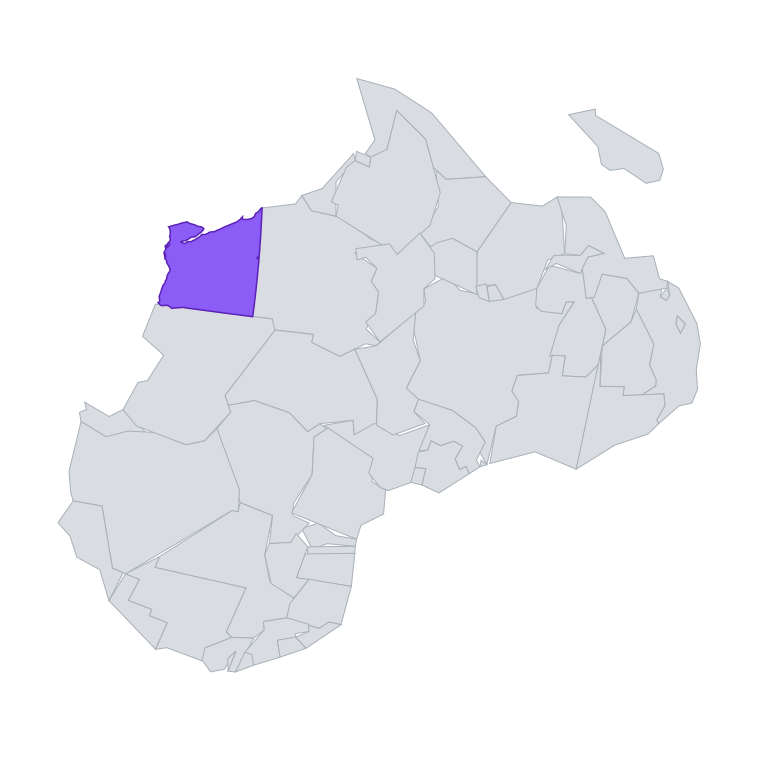 Egypt on a map of Africa (orthographic projection), rotated 275°
{"feature_id": "EGY", "entity_name": "Egypt", "entity_type": "country or territory", "adm_level": 0, "iso_a3": "EGY", "parent_name": "Africa", "parent_adm1": "", "projection": "orthographic", "projection_center": [30.805, 26.825], "detail": "fine", "context": "in_parent", "style": "filled", "palette": "violet", "viewbox_px": 768, "rotation_deg": 275, "n_neighbors": 49, "source": "natural_earth", "source_scale": "50m", "svg_char_len": 13214}
<svg xmlns="http://www.w3.org/2000/svg" viewBox="0 0 768 768"><g transform="rotate(275 384 384)"><path d="M523.8,465.1L575.8,494.8L575.0,526.3L585.4,540.2L577.6,545.4L529.5,552.6L521.8,536.2L492.5,527.9L481.4,512.9L478.6,496.0L492.6,486.3L489.3,467.0L523.8,465.1Z" fill="#d9dde1" stroke="#a8b0b8" stroke-width="1"/><path d="M172.4,143.1L168.1,157.4L146.2,148.3L139.2,172.4L132.8,170.6L127.3,188.9L99.8,179.6L144.2,128.9L172.4,143.1Z" fill="#d9dde1" stroke="#a8b0b8" stroke-width="1"/><path d="M478.6,496.0L492.5,527.9L472.8,529.2L469.5,555.0L481.6,558.2L482.4,566.4L457.8,553.3L409.3,546.9L404.2,516.1L388.3,512.0L378.2,519.7L363.4,518.8L351.8,499.5L312.6,493.5L325.6,484.6L335.0,489.8L348.3,479.3L363.7,454.1L372.8,413.4L381.9,406.6L410.3,418.1L442.3,408.5L459.2,409.3L469.6,418.2L482.3,415.5L496.8,437.4L483.9,451.7L478.6,496.0Z" fill="#d9dde1" stroke="#a8b0b8" stroke-width="1"/><path d="M599.3,467.3L593.3,428.1L604.3,414.0L631.5,404.1L657.4,372.9L618.0,366.5L606.8,354.4L612.1,345.4L626.4,353.7L685.9,330.3L678.7,369.0L658.1,408.0L599.3,467.3Z" fill="#d9dde1" stroke="#a8b0b8" stroke-width="1"/><path d="M575.8,494.8L523.8,465.1L535.0,439.4L524.7,418.4L537.4,406.5L565.3,422.7L601.7,417.1L593.3,428.1L599.3,467.3L575.8,494.8Z" fill="#d9dde1" stroke="#a8b0b8" stroke-width="1"/><path d="M432.0,380.4L424.7,375.9L421.4,373.0L422.5,362.3L407.6,337.4L419.1,308.2L427.2,309.4L428.5,266.5L439.1,267.0L439.8,247.3L548.7,247.2L555.7,280.2L564.6,285.7L550.3,296.7L545.7,329.9L526.7,358.7L524.1,377.2L511.9,343.5L498.5,366.9L485.2,362.4L475.1,370.7L453.5,369.6L437.2,361.3L425.5,376.3L432.0,380.4Z" fill="#d9dde1" stroke="#a8b0b8" stroke-width="1"/><path d="M428.2,270.6L427.2,309.4L419.1,308.2L407.6,337.4L416.1,351.9L368.1,378.7L342.3,380.2L330.7,358.6L345.1,356.3L338.8,323.4L329.8,312.1L347.1,292.3L356.2,256.3L349.2,230.9L358.7,226.6L428.2,270.6Z" fill="#d9dde1" stroke="#a8b0b8" stroke-width="1"/><path d="M368.5,661.2L372.0,658.8L387.0,665.7L398.6,663.6L395.5,641.6L405.8,654.8L412.0,654.7L426.1,646.9L447.2,649.3L480.5,628.8L496.6,629.9L503.3,643.3L502.3,652.3L495.2,651.7L492.0,657.7L497.3,660.9L511.0,657.6L505.3,669.2L471.6,690.4L451.8,695.6L425.6,693.8L406.2,696.8L391.9,692.4L387.8,679.7L368.5,661.2ZM477.3,670.3L469.4,669.6L460.4,675.0L470.1,678.9L477.3,670.3Z" fill="#d9dde1" stroke="#a8b0b8" stroke-width="1"/><path d="M477.3,670.3L470.1,678.9L460.4,675.0L469.4,669.6L477.3,670.3Z" fill="#d9dde1" stroke="#a8b0b8" stroke-width="1"/><path d="M496.6,629.9L467.4,624.6L440.9,598.2L457.7,600.2L488.0,583.2L512.5,591.8L510.3,616.9L496.6,629.9Z" fill="#d9dde1" stroke="#a8b0b8" stroke-width="1"/><path d="M480.5,628.8L447.2,649.3L426.1,646.9L412.0,654.7L405.8,654.8L395.5,641.6L393.3,623.0L402.2,623.5L400.4,599.3L440.9,598.2L467.4,624.6L480.5,628.8Z" fill="#d9dde1" stroke="#a8b0b8" stroke-width="1"/><path d="M393.3,623.0L398.6,663.6L387.0,665.7L372.0,658.8L368.5,661.2L357.2,651.4L343.2,619.2L315.9,582.8L439.1,597.0L400.4,599.3L402.2,623.5L393.3,623.0Z" fill="#d9dde1" stroke="#a8b0b8" stroke-width="1"/><path d="M85.9,249.8L82.1,236.3L95.2,225.0L105.6,228.5L118.4,254.3L119.7,276.6L84.2,261.2L84.3,253.6L104.9,259.7L85.9,249.8Z" fill="#d9dde1" stroke="#a8b0b8" stroke-width="1"/><path d="M119.7,276.6L118.4,254.3L123.3,248.5L168.7,264.2L181.3,171.8L192.4,175.3L244.8,243.7L244.0,249.8L253.4,251.0L243.3,284.4L203.4,280.1L177.8,287.3L163.0,312.9L142.5,307.4L136.9,284.7L128.6,286.1L119.7,276.6Z" fill="#d9dde1" stroke="#a8b0b8" stroke-width="1"/><path d="M99.8,179.6L127.3,188.9L132.8,170.6L139.2,172.4L146.2,148.3L168.1,157.4L172.4,143.1L192.4,175.3L181.3,171.8L168.7,264.2L123.3,248.5L118.4,254.3L105.6,228.5L92.3,226.9L102.4,190.5L99.8,179.6Z" fill="#d9dde1" stroke="#a8b0b8" stroke-width="1"/><path d="M227.0,370.2L219.8,369.5L220.0,341.4L213.5,326.8L232.9,314.6L239.7,330.7L228.7,349.4L227.0,370.2Z" fill="#d9dde1" stroke="#a8b0b8" stroke-width="1"/><path d="M349.2,230.9L356.2,256.3L347.1,292.3L329.8,312.1L338.8,323.4L334.4,331.0L325.0,318.9L287.5,320.3L256.9,304.1L245.0,304.8L238.9,321.6L218.0,304.9L215.1,283.7L243.3,284.4L253.4,251.0L325.1,221.4L342.6,233.7L349.2,230.9Z" fill="#d9dde1" stroke="#a8b0b8" stroke-width="1"/><path d="M227.0,370.2L247.5,303.2L287.5,320.3L325.0,318.9L337.9,335.3L309.0,379.6L285.6,380.7L278.3,394.9L254.5,394.9L241.3,373.4L227.0,370.2Z" fill="#d9dde1" stroke="#a8b0b8" stroke-width="1"/><path d="M337.6,327.8L345.1,356.3L330.7,358.6L343.9,377.8L334.0,404.1L347.5,433.1L288.3,419.4L278.1,397.4L280.9,388.8L294.0,376.6L309.0,379.6L337.6,327.8Z" fill="#d9dde1" stroke="#a8b0b8" stroke-width="1"/><path d="M215.1,322.2L219.8,369.5L212.8,369.7L206.9,322.8L215.1,322.2Z" fill="#d9dde1" stroke="#a8b0b8" stroke-width="1"/><path d="M207.8,320.0L212.8,369.7L179.5,369.1L183.3,313.6L207.8,320.0Z" fill="#d9dde1" stroke="#a8b0b8" stroke-width="1"/><path d="M142.5,307.4L156.9,309.4L182.9,326.2L179.5,369.1L140.4,362.1L142.2,350.3L134.8,340.4L142.5,307.4Z" fill="#d9dde1" stroke="#a8b0b8" stroke-width="1"/><path d="M104.5,268.7L128.6,286.1L136.9,284.7L142.5,307.4L138.2,330.1L130.9,330.9L127.8,318.0L122.1,317.6L119.4,300.1L102.9,304.3L92.5,278.6L104.5,268.7Z" fill="#d9dde1" stroke="#a8b0b8" stroke-width="1"/><path d="M84.2,261.2L104.5,268.7L103.1,275.8L92.5,278.6L84.2,261.2Z" fill="#d9dde1" stroke="#a8b0b8" stroke-width="1"/><path d="M137.0,329.7L134.8,340.4L142.2,350.3L140.4,362.1L113.9,329.3L124.2,317.9L130.9,330.9L137.0,329.7Z" fill="#d9dde1" stroke="#a8b0b8" stroke-width="1"/><path d="M102.9,304.3L119.4,300.1L124.2,317.9L113.9,329.3L102.9,304.3Z" fill="#d9dde1" stroke="#a8b0b8" stroke-width="1"/><path d="M163.0,312.9L175.3,288.9L203.4,280.1L215.1,283.7L218.0,304.9L227.5,309.5L215.1,322.2L183.3,313.6L182.9,326.2L163.0,312.9Z" fill="#d9dde1" stroke="#a8b0b8" stroke-width="1"/><path d="M459.2,409.3L430.1,409.3L410.3,418.1L381.9,406.6L371.8,419.7L359.1,416.3L348.2,428.3L334.0,397.4L342.3,380.2L368.1,378.7L416.1,351.9L421.4,373.0L459.2,409.3Z" fill="#d9dde1" stroke="#a8b0b8" stroke-width="1"/><path d="M371.8,419.7L363.7,454.1L348.3,479.3L335.0,489.8L316.4,482.7L309.9,486.8L302.0,476.6L309.0,473.0L305.3,466.8L315.5,461.3L329.0,467.7L333.0,458.4L327.4,445.6L331.5,435.8L322.1,433.5L320.3,424.6L347.5,433.1L359.1,416.3L371.8,419.7Z" fill="#d9dde1" stroke="#a8b0b8" stroke-width="1"/><path d="M303.4,422.1L319.1,424.0L322.1,433.5L331.5,435.8L327.4,445.6L333.0,458.4L329.0,467.7L315.5,461.3L305.3,466.8L309.0,473.0L302.0,476.6L280.3,448.2L286.7,430.6L303.3,432.9L303.4,422.1Z" fill="#d9dde1" stroke="#a8b0b8" stroke-width="1"/><path d="M288.3,419.4L303.4,422.1L303.3,432.9L286.7,430.6L288.3,419.4Z" fill="#d9dde1" stroke="#a8b0b8" stroke-width="1"/><path d="M492.5,527.9L516.8,538.4L511.2,569.8L516.3,571.6L487.1,578.0L488.0,583.2L457.7,600.2L421.6,595.6L408.5,584.5L407.7,560.8L427.7,562.1L426.2,546.7L457.8,553.3L482.4,566.4L481.6,558.2L469.5,555.0L470.1,534.3L475.4,528.3L492.5,527.9Z" fill="#d9dde1" stroke="#a8b0b8" stroke-width="1"/><path d="M512.2,534.9L527.0,542.0L529.3,568.4L539.9,575.7L533.2,592.0L528.1,576.1L511.2,569.8L519.2,545.1L512.2,534.9Z" fill="#d9dde1" stroke="#a8b0b8" stroke-width="1"/><path d="M529.5,552.6L557.7,551.8L585.4,540.2L588.2,573.5L574.9,589.3L530.2,612.9L535.2,641.1L512.9,649.3L511.0,657.6L504.3,657.6L496.6,629.9L510.3,616.9L512.5,591.8L488.7,586.0L487.1,578.0L516.3,571.6L528.1,576.1L533.2,592.0L539.9,575.7L529.3,568.4L529.5,552.6Z" fill="#d9dde1" stroke="#a8b0b8" stroke-width="1"/><path d="M504.3,657.6L497.3,660.9L492.0,657.7L495.2,651.7L504.3,657.6Z" fill="#d9dde1" stroke="#a8b0b8" stroke-width="1"/><path d="M309.9,486.8L316.6,487.4L312.6,493.5L309.9,486.8ZM314.0,496.3L351.8,499.5L363.4,518.8L378.2,519.7L388.3,512.0L404.2,516.1L409.3,546.9L427.3,549.2L427.7,562.1L407.7,560.8L408.5,584.5L421.6,595.6L315.9,582.8L329.6,540.3L314.0,496.3Z" fill="#d9dde1" stroke="#a8b0b8" stroke-width="1"/><path d="M489.8,478.2L492.6,486.3L478.6,496.0L475.5,481.7L489.8,478.2Z" fill="#d9dde1" stroke="#a8b0b8" stroke-width="1"/><path d="M668.4,544.4L676.3,570.4L669.9,571.5L637.6,637.6L622.3,643.5L611.0,641.0L606.8,627.7L619.6,604.3L616.5,590.6L621.7,581.5L639.2,576.3L668.4,544.4Z" fill="#d9dde1" stroke="#a8b0b8" stroke-width="1"/><path d="M84.3,253.6L97.2,252.4L104.9,259.7L84.3,253.6Z" fill="#d9dde1" stroke="#a8b0b8" stroke-width="1"/><path d="M314.8,151.1L307.2,111.5L320.2,85.5L329.1,83.1L332.7,89.9L339.8,87.4L327.6,112.9L335.8,126.2L314.8,151.1Z" fill="#d9dde1" stroke="#a8b0b8" stroke-width="1"/><path d="M172.4,143.1L176.8,129.5L237.8,113.7L240.4,84.6L248.6,81.3L269.7,77.8L320.2,85.5L307.2,111.5L314.8,133.0L315.8,160.1L306.3,192.0L311.9,210.2L325.1,221.4L265.9,249.3L244.0,249.8L244.8,243.7L172.4,143.1Z" fill="#d9dde1" stroke="#a8b0b8" stroke-width="1"/><path d="M547.0,321.5L550.3,296.7L564.6,285.7L573.5,305.5L610.9,333.6L604.1,335.8L581.2,318.6L547.0,321.5Z" fill="#d9dde1" stroke="#a8b0b8" stroke-width="1"/><path d="M144.2,128.9L174.3,117.0L184.7,93.1L205.4,84.3L217.4,71.2L240.4,84.6L237.8,113.7L176.8,129.5L173.3,140.6L144.2,128.9Z" fill="#d9dde1" stroke="#a8b0b8" stroke-width="1"/><path d="M443.7,149.3L439.1,267.0L428.2,270.6L358.7,226.6L342.6,233.7L311.9,210.2L306.3,192.0L320.5,141.3L335.8,126.2L364.3,138.9L366.8,148.1L393.5,162.0L410.5,139.3L443.7,149.3Z" fill="#d9dde1" stroke="#a8b0b8" stroke-width="1"/><path d="M657.4,372.9L631.5,404.1L579.4,423.4L545.9,415.9L514.2,385.9L547.0,321.5L558.2,323.0L560.9,315.6L596.6,327.7L604.1,335.8L599.0,350.6L608.8,350.9L618.0,366.5L657.4,372.9Z" fill="#d9dde1" stroke="#a8b0b8" stroke-width="1"/><path d="M604.1,335.8L613.3,336.4L608.8,350.9L599.0,350.6L604.1,335.8Z" fill="#d9dde1" stroke="#a8b0b8" stroke-width="1"/><path d="M523.8,465.1L481.0,468.8L497.5,423.1L524.7,418.4L529.4,424.6L535.0,439.4L523.8,465.1Z" fill="#d9dde1" stroke="#a8b0b8" stroke-width="1"/><path d="M489.3,467.0L492.6,477.1L475.5,481.7L478.1,471.2L489.3,467.0Z" fill="#d9dde1" stroke="#a8b0b8" stroke-width="1"/><path d="M493.4,425.6L482.3,415.5L465.2,417.0L425.5,376.3L444.3,360.3L453.5,369.6L475.1,370.7L485.2,362.4L498.5,366.9L508.6,354.8L505.4,346.3L516.4,344.1L524.1,377.2L514.2,385.9L537.4,406.5L518.7,422.7L493.4,425.6Z" fill="#d9dde1" stroke="#a8b0b8" stroke-width="1"/><path d="M548.8,247.2L545.8,247.3L542.8,247.5L539.8,247.6L536.7,247.7L533.7,247.8L530.7,247.9L527.7,248.0L524.7,248.1L521.7,248.2L518.7,248.3L515.7,248.3L512.7,248.4L509.7,248.4L506.6,248.5L503.6,248.5L500.6,248.5L498.9,248.5L499.2,247.7L499.4,247.0L499.1,246.6L498.6,246.5L498.2,246.6L497.3,248.5L496.8,248.6L495.7,248.6L492.2,248.6L488.7,248.5L485.2,248.5L481.7,248.5L478.2,248.5L474.7,248.4L471.2,248.3L467.7,248.3L464.2,248.2L460.6,248.1L457.1,248.0L453.6,247.9L450.1,247.8L446.6,247.6L443.1,247.5L439.6,247.3L439.7,245.1L439.8,242.9L439.9,240.7L440.0,238.5L440.1,236.2L440.2,234.0L440.3,231.8L440.4,229.6L440.4,227.3L440.5,225.1L440.6,222.9L440.7,220.7L440.8,218.5L440.9,216.2L441.0,214.0L441.1,211.8L441.2,209.6L441.3,207.3L441.4,205.1L441.5,202.9L441.6,200.7L441.7,198.4L441.8,196.2L441.9,194.0L442.0,191.8L442.1,189.6L442.2,187.3L442.3,185.1L442.4,182.9L442.6,180.7L442.7,178.4L442.8,176.2L442.7,175.8L442.3,174.3L442.0,172.3L441.6,169.9L441.6,169.2L441.0,166.7L440.9,166.0L441.1,165.5L442.5,163.6L443.0,162.6L443.4,161.4L443.5,160.4L443.2,158.9L442.9,157.6L442.8,156.2L442.8,154.9L443.5,154.0L444.3,153.2L444.6,152.7L445.1,152.1L445.5,151.8L446.0,153.1L447.3,153.3L451.7,152.4L456.4,153.7L459.0,154.2L463.0,155.2L465.4,156.9L466.1,157.1L467.9,157.2L469.0,158.1L473.7,158.7L476.1,159.8L477.5,160.7L478.3,161.0L479.1,160.9L480.1,160.6L481.4,160.0L482.8,159.2L485.7,157.1L486.7,156.7L487.4,156.8L488.2,156.8L488.5,156.2L488.9,155.8L489.2,155.4L489.6,154.8L491.1,154.7L494.1,153.8L493.8,154.2L491.1,155.3L492.2,155.4L493.4,155.0L494.8,154.8L495.0,154.4L495.2,153.5L495.4,153.4L496.4,153.6L499.2,154.8L499.9,154.8L501.8,154.1L502.3,154.0L502.9,154.4L504.4,155.9L503.9,155.9L502.3,154.6L502.2,155.2L501.3,156.5L502.4,157.0L503.3,157.1L503.8,157.8L504.1,158.4L505.0,158.1L505.6,157.3L505.3,156.9L505.1,156.4L505.3,156.4L506.0,156.8L507.8,158.3L508.4,158.6L509.1,158.5L510.5,158.1L510.9,158.1L512.8,157.5L513.1,157.9L513.4,158.3L514.9,157.9L517.4,157.8L519.4,157.3L521.6,156.0L521.8,155.8L521.9,156.1L522.3,156.9L523.0,159.0L523.7,160.6L524.5,162.9L524.8,163.8L524.9,164.4L526.1,166.9L526.8,168.9L527.4,170.6L528.1,173.0L528.4,173.9L528.0,174.3L527.1,176.0L526.2,181.1L524.8,185.1L524.8,187.6L524.5,188.5L523.9,189.8L523.0,191.0L521.5,190.4L518.9,188.3L517.4,186.3L515.9,185.0L514.4,183.3L513.9,182.0L513.9,181.2L513.3,179.2L512.8,178.3L511.0,176.2L510.4,175.1L510.0,174.6L509.6,173.9L508.9,171.1L508.2,169.4L507.4,169.9L507.6,170.6L506.9,171.7L506.5,172.8L506.8,173.8L508.3,175.2L508.6,175.9L509.0,177.3L508.9,179.1L509.2,179.8L510.3,181.2L510.7,182.0L510.9,182.7L511.3,183.3L512.4,184.5L514.0,186.8L515.6,188.4L516.6,189.1L517.1,189.8L517.3,191.8L517.2,192.7L518.2,194.4L518.6,195.3L519.5,196.0L519.9,196.8L520.4,198.2L521.0,202.1L521.9,203.1L524.5,208.2L526.7,211.5L527.8,213.9L529.4,216.9L532.7,223.3L534.6,225.3L535.3,226.4L536.7,227.2L538.2,228.5L536.8,228.4L536.4,228.5L536.0,228.7L535.8,229.5L535.7,230.1L536.0,233.4L536.4,235.1L537.7,238.3L538.7,239.2L539.1,239.8L539.7,240.3L542.7,241.2L544.4,243.5L548.3,246.2L548.7,247.0L548.8,247.2Z" fill="#8b5cf6" stroke="#5b21b6" stroke-width="1.5"/></g></svg>